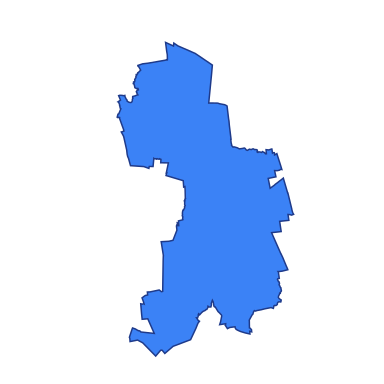 outline of Celaya, Guanajuato, Mexico, rotated 167°
{"feature_id": "50627088B5357256002883", "entity_name": "Celaya", "entity_type": "district", "adm_level": 2, "iso_a3": "MEX", "parent_name": "Mexico", "parent_adm1": "Guanajuato", "projection": "equal_earth", "projection_center": [-100.785, 20.522], "detail": "fine", "context": "isolated", "style": "filled", "palette": "blue", "viewbox_px": 384, "rotation_deg": 167, "n_neighbors": 0, "source": "geoboundaries", "source_scale": "gbopen_adm2", "svg_char_len": 5802}
<svg xmlns="http://www.w3.org/2000/svg" viewBox="0 0 384 384"><g transform="rotate(167 192 192)"><path d="M133.2,65.1L132.2,65.5L131.8,65.4L130.3,64.9L130.2,65.2L129.9,65.4L129.4,66.7L129.9,66.9L130.2,67.6L131.2,68.7L131.6,70.0L130.9,71.5L130.5,71.8L130.0,72.4L129.6,73.0L129.4,73.6L128.8,73.5L128.8,74.0L127.4,75.2L127.1,75.6L127.2,76.1L127.1,76.6L127.0,77.9L127.1,78.7L127.0,78.8L127.4,79.3L127.5,80.3L127.7,81.3L127.9,81.5L127.9,82.5L127.4,83.0L127.3,83.4L127.3,83.7L127.5,85.1L127.9,85.2L128.4,87.6L128.1,88.1L127.6,88.2L126.4,88.2L125.8,94.9L125.9,95.1L124.9,94.9L121.8,94.6L116.1,94.7L116.1,94.9L116.5,97.3L116.8,98.7L118.3,107.7L119.2,111.8L119.3,111.8L123.0,131.2L123.6,134.5L116.9,133.7L114.0,133.4L113.2,143.7L104.0,142.6L103.5,148.5L101.4,147.8L100.3,147.1L99.8,147.1L98.0,147.4L98.5,148.9L98.7,152.3L98.6,152.6L98.8,169.4L99.0,169.4L99.9,185.0L101.1,184.4L104.9,182.7L106.5,181.9L109.1,180.8L110.2,180.1L115.0,178.1L114.7,188.1L106.8,187.9L106.7,194.3L104.1,193.6L101.6,193.6L101.0,194.0L100.3,194.1L99.4,193.7L99.7,198.2L100.7,210.3L101.5,210.0L103.2,209.6L102.9,211.1L103.0,211.4L103.0,211.8L104.4,212.1L104.8,211.9L104.5,215.9L105.0,216.0L107.7,215.7L110.3,216.6L110.5,215.5L110.9,212.5L111.6,212.6L111.8,212.7L112.6,214.2L113.2,214.6L113.5,214.9L114.0,215.2L114.2,215.5L115.5,214.9L116.5,215.6L118.0,216.1L118.9,215.7L119.5,216.2L119.5,216.8L119.0,217.4L119.2,218.6L120.5,219.1L121.2,219.1L121.9,219.6L122.3,220.1L122.9,220.3L123.4,220.3L124.8,220.0L126.3,220.8L127.6,220.5L128.2,220.2L128.7,220.1L129.2,220.4L129.7,220.8L130.3,222.2L130.8,222.9L131.2,223.1L133.2,223.1L136.2,223.4L137.9,224.9L140.6,226.4L141.8,226.5L142.1,226.7L142.1,227.2L142.5,227.6L143.0,228.5L142.7,229.3L142.8,231.0L142.4,234.6L142.1,234.6L140.6,248.7L140.0,252.8L139.9,254.9L138.5,267.9L138.9,268.4L140.5,269.7L145.3,271.8L146.9,272.8L152.5,274.2L155.7,274.9L146.4,302.5L143.6,311.1L157.7,326.3L172.8,337.5L176.2,341.2L177.2,338.4L184.1,343.7L185.0,334.9L185.1,333.1L185.2,331.3L186.2,326.4L186.6,326.2L186.7,326.3L186.8,326.5L187.2,326.7L187.7,326.4L205.8,327.4L211.3,328.0L216.3,327.5L216.3,326.7L216.1,326.5L215.9,326.6L214.6,322.3L217.9,320.2L218.2,319.8L218.3,320.0L219.6,318.4L219.9,318.6L219.9,317.9L220.5,317.6L220.7,317.3L220.7,316.6L221.0,315.9L221.7,315.5L222.2,314.7L222.5,314.5L222.6,314.1L222.6,313.3L223.1,312.4L224.0,312.4L223.9,311.7L224.1,311.5L224.1,311.3L224.8,311.2L224.8,310.9L224.6,310.9L224.3,310.3L224.3,310.0L224.1,309.6L224.2,309.2L224.1,308.8L224.2,306.5L223.7,306.1L222.8,305.2L222.6,305.3L222.0,305.1L221.7,305.2L221.4,305.1L221.3,304.5L221.2,304.2L221.3,303.6L221.9,303.8L222.7,303.2L223.5,302.6L223.7,302.3L223.3,301.5L223.6,301.2L222.9,298.8L224.2,298.8L225.5,298.5L228.3,298.4L228.6,297.4L228.4,296.8L229.1,296.0L229.3,295.6L229.5,294.7L229.8,294.0L230.5,293.2L231.3,292.9L231.8,293.0L233.4,293.7L234.8,295.2L234.7,295.6L234.6,296.1L235.4,297.8L235.6,299.1L235.9,300.3L235.7,301.2L237.3,301.3L238.4,301.9L240.7,302.5L241.8,302.4L241.0,297.6L243.8,296.5L243.4,296.2L242.9,293.9L243.0,293.3L242.9,292.7L243.1,292.5L243.1,292.3L243.0,291.7L243.1,289.9L242.9,289.4L242.6,289.1L245.8,284.6L246.6,284.5L248.1,281.7L247.8,281.3L247.1,281.2L246.7,281.3L245.9,280.9L246.1,280.7L245.9,278.9L244.6,268.1L244.7,266.6L247.4,266.4L246.2,262.0L246.1,260.7L246.2,247.6L246.7,243.4L246.7,241.0L246.3,239.0L246.0,231.5L233.2,227.6L228.7,224.7L227.9,226.5L224.2,225.6L221.6,233.4L221.1,232.8L219.7,232.6L219.5,232.1L219.2,232.0L219.1,232.3L218.3,232.3L217.8,231.8L217.0,231.5L216.2,231.7L216.0,231.2L215.2,231.1L214.9,230.8L215.9,227.5L208.5,225.7L209.3,223.9L209.7,223.0L212.8,216.3L212.3,216.3L213.6,213.9L198.0,205.0L199.0,198.7L197.7,198.9L198.0,197.3L198.0,197.0L198.2,195.8L199.7,188.5L199.9,187.6L199.8,187.1L200.3,186.8L200.7,185.6L200.8,185.7L201.2,184.2L201.0,185.2L201.5,185.1L201.4,183.9L202.0,181.3L201.7,180.3L201.9,180.1L202.1,180.0L202.5,179.3L202.7,179.2L202.7,178.3L202.8,178.1L203.2,177.6L203.9,177.0L204.4,176.2L204.7,176.2L204.9,176.3L205.6,175.0L206.1,173.6L206.4,172.2L206.3,171.9L206.9,171.0L206.5,170.1L206.6,169.5L207.1,168.5L207.1,167.1L207.7,167.0L211.7,166.9L212.1,164.7L213.1,165.2L213.0,164.8L212.5,164.3L212.2,164.2L212.5,162.2L213.7,162.5L213.4,163.9L213.5,164.3L214.8,162.4L215.3,158.2L221.4,149.2L225.6,149.2L233.2,150.5L234.2,136.4L234.3,136.4L235.5,131.8L242.9,101.8L243.3,101.7L244.3,101.8L246.0,103.9L255.4,104.1L258.0,104.6L258.4,101.6L260.7,101.7L261.5,101.4L264.5,100.1L264.0,96.1L263.9,93.8L264.1,94.0L265.3,93.9L265.8,94.0L267.1,94.6L268.5,84.9L269.2,79.2L263.6,78.4L260.6,62.7L273.3,67.1L273.7,67.9L274.0,68.2L274.5,68.6L275.1,68.9L275.5,68.9L278.0,71.3L280.5,72.9L280.8,72.6L280.9,72.3L281.7,71.1L285.7,64.5L285.5,63.3L286.0,60.2L280.4,60.0L278.4,60.0L274.0,56.2L264.3,40.3L258.2,44.8L257.4,44.8L256.6,44.4L254.8,40.8L245.1,45.9L226.6,48.4L218.9,58.2L215.7,62.8L213.8,64.4L214.8,65.4L215.9,68.4L214.8,68.2L213.6,70.1L213.6,70.9L213.3,71.1L213.0,71.8L212.9,71.9L212.2,70.6L209.5,72.5L209.3,72.5L209.1,72.7L208.0,73.2L205.9,73.6L204.8,74.3L204.1,74.2L203.9,74.3L202.5,75.9L202.2,77.0L202.0,76.8L201.8,76.8L201.7,76.2L199.5,75.7L198.5,77.5L198.4,78.1L198.3,79.1L196.5,81.9L196.1,80.3L196.1,79.8L196.3,75.9L196.2,75.4L195.4,74.6L195.3,74.8L195.2,74.7L193.5,69.6L192.2,67.7L191.6,66.5L191.1,65.9L190.9,64.8L190.9,64.6L193.3,59.2L194.9,56.5L188.8,56.1L189.2,54.9L189.6,54.7L188.2,50.9L185.7,51.5L180.4,51.0L180.5,49.9L179.9,48.2L178.3,46.8L176.0,45.1L173.9,43.9L171.8,42.7L167.5,40.6L167.1,43.3L165.3,42.3L165.0,44.5L166.1,46.4L166.6,46.7L165.1,53.7L165.1,54.2L161.1,58.7L160.2,59.2L159.0,61.4L158.6,61.7L157.9,62.4L157.0,61.7L155.9,61.8L155.7,61.9L151.0,61.7L147.5,61.8L141.0,61.6L138.9,60.3L137.7,62.7L136.9,62.9L135.9,62.5L134.9,62.8L134.3,63.2L134.1,63.4L133.9,64.2L133.6,64.7L133.2,65.1Z" fill="#3b82f6" stroke="#1e3a8a" stroke-width="1.5"/></g></svg>